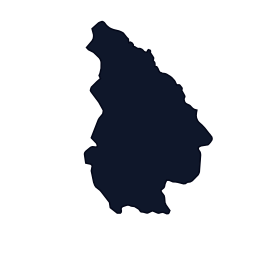 Ouest, Robinson projection, rotated 303°
{"feature_id": "CMR-798", "entity_name": "Ouest", "entity_type": "Province", "adm_level": 1, "iso_a3": "CMR", "parent_name": "Cameroon", "parent_adm1": "", "projection": "robinson", "projection_center": [10.725, 5.593], "detail": "fine", "context": "isolated", "style": "filled", "palette": "ink", "viewbox_px": 256, "rotation_deg": 303, "n_neighbors": 0, "source": "natural_earth", "source_scale": "10m", "svg_char_len": 2937}
<svg xmlns="http://www.w3.org/2000/svg" viewBox="0 0 256 256"><g transform="rotate(303 128 128)"><path d="M181.4,50.5L182.8,50.4L184.2,50.2L186.3,49.2L187.6,48.3L191.7,43.8L200.1,46.1L201.6,47.0L203.2,48.3L203.5,49.5L203.4,50.8L202.4,53.6L202.1,55.0L201.8,57.7L202.0,59.8L202.6,62.5L204.4,67.6L204.9,70.3L205.0,72.4L203.3,77.4L202.8,79.8L201.0,81.2L200.0,82.4L201.3,83.2L201.5,85.0L200.8,86.9L199.3,88.1L199.8,89.3L199.8,91.7L200.0,93.0L200.4,93.7L200.9,94.3L201.3,95.2L201.5,96.8L201.3,98.3L200.9,99.5L200.9,100.7L201.5,102.2L202.5,102.6L203.7,102.3L204.8,102.5L205.2,104.2L204.8,104.9L203.3,105.7L201.3,110.2L200.8,111.2L200.0,111.7L199.0,112.0L198.2,112.3L197.5,114.6L196.5,115.6L194.2,117.1L195.0,118.7L194.2,120.6L192.8,122.6L192.0,124.5L192.4,125.8L192.4,126.7L192.6,127.2L193.6,129.2L193.8,129.8L194.1,131.1L194.2,135.5L194.0,137.5L193.1,140.9L192.7,141.9L192.2,142.7L191.9,143.1L190.6,145.3L192.1,147.5L192.1,148.1L191.9,148.9L191.6,149.6L191.2,151.0L190.9,151.5L190.5,151.9L189.0,152.5L188.7,152.7L186.0,157.7L185.5,158.4L185.0,158.6L184.4,158.8L183.8,158.8L183.0,159.1L182.1,159.7L180.9,161.0L180.4,161.9L180.1,162.8L180.1,164.3L180.5,167.0L180.5,167.8L179.7,171.2L179.6,172.2L179.7,173.6L180.0,174.6L180.5,176.0L178.3,176.9L175.4,178.4L173.6,180.0L172.1,182.2L171.4,183.9L171.1,185.5L170.7,188.3L169.7,192.4L167.4,199.1L167.2,200.0L166.0,203.2L165.0,204.2L163.8,204.8L161.2,204.8L158.9,204.5L157.5,204.1L153.0,199.1L151.7,198.2L150.2,197.6L149.1,198.0L148.3,198.8L148.0,199.3L147.8,199.6L147.7,199.9L147.4,200.8L146.8,201.8L145.7,202.9L144.6,203.7L130.0,211.7L128.3,212.1L126.8,212.2L118.9,210.6L116.9,209.6L116.0,208.7L115.1,207.4L112.6,206.3L111.5,204.9L109.6,199.2L108.6,197.0L107.4,195.0L106.6,190.8L105.2,188.8L102.3,189.2L101.1,189.5L98.8,190.4L97.6,190.6L96.5,190.3L95.3,189.9L94.1,189.6L93.0,189.9L92.0,191.9L91.5,193.5L90.8,195.2L89.4,196.6L85.4,199.7L84.9,200.6L84.1,201.7L81.5,208.1L80.4,208.2L80.0,208.4L79.3,208.5L79.0,208.5L78.6,208.5L78.1,208.3L77.2,207.1L76.5,203.2L75.0,201.5L74.6,201.2L73.6,200.4L73.1,199.7L73.0,199.4L72.7,198.0L72.2,194.9L71.9,193.9L71.5,193.3L67.5,190.8L67.0,190.1L66.6,189.0L65.9,186.7L65.1,185.2L64.9,184.6L64.8,184.1L65.9,181.3L65.8,176.3L64.3,173.1L64.0,171.2L63.6,170.3L62.9,169.2L59.4,166.4L58.0,165.8L56.8,166.0L55.7,166.7L54.8,167.6L53.6,168.1L52.5,167.9L50.8,165.3L51.6,156.5L55.6,153.0L60.0,140.5L60.6,138.4L61.1,133.1L62.0,131.2L63.8,128.8L72.1,120.6L76.9,118.6L77.3,117.3L77.4,116.4L75.6,111.7L82.1,106.0L82.9,105.5L84.1,105.2L85.7,105.4L90.8,107.0L91.9,107.5L92.9,108.4L93.6,109.7L94.2,111.0L94.9,112.0L96.0,112.3L97.2,111.2L98.1,109.9L99.8,102.6L118.6,98.7L120.5,98.6L126.1,99.2L128.5,98.2L129.5,97.6L133.8,89.5L138.0,78.1L138.5,76.9L139.1,76.0L140.9,75.4L142.3,75.1L149.8,76.7L154.5,78.0L156.3,75.2L158.6,74.8L163.4,73.0L168.3,69.9L169.5,68.8L170.5,67.4L171.3,65.6L172.8,57.9L172.2,52.2L172.9,49.4L181.4,50.5Z" fill="#0f172a" stroke="#020617" stroke-width="1.5"/></g></svg>